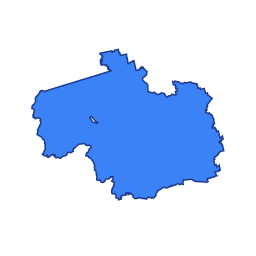 Baw Baw, Victoria, Australia, rotated 248°
{"feature_id": "25037944B5488167520198", "entity_name": "Baw Baw", "entity_type": "district", "adm_level": 2, "iso_a3": "AUS", "parent_name": "Australia", "parent_adm1": "Victoria", "projection": "albers", "projection_center": [146.104, -37.97], "detail": "fine", "context": "isolated", "style": "filled", "palette": "blue", "viewbox_px": 256, "rotation_deg": 248, "n_neighbors": 0, "source": "geoboundaries", "source_scale": "gbopen_adm2", "svg_char_len": 5800}
<svg xmlns="http://www.w3.org/2000/svg" viewBox="0 0 256 256"><g transform="rotate(248 128 128)"><path d="M59.5,111.8L59.3,112.4L57.8,114.1L56.9,116.0L56.3,116.5L56.2,117.6L55.2,118.3L55.3,118.9L56.2,120.0L56.2,120.9L55.3,122.1L55.2,123.2L54.1,123.6L54.4,124.8L53.9,125.0L53.4,125.8L54.9,128.5L56.8,129.7L57.9,131.0L57.8,131.5L59.1,132.8L58.8,134.5L59.5,136.9L59.5,139.3L58.2,140.9L58.3,141.5L57.8,142.2L58.1,143.7L57.8,144.1L58.2,145.6L57.9,145.6L57.7,146.4L58.2,147.4L57.6,147.9L57.9,149.0L57.4,150.0L57.5,150.9L57.3,151.1L57.7,151.7L57.7,153.1L57.4,153.8L56.1,154.7L56.4,155.9L55.0,158.0L56.7,158.4L59.2,159.9L58.4,161.4L56.7,167.7L53.3,170.2L49.4,178.7L48.5,179.6L48.2,182.1L51.2,182.3L50.7,185.7L51.0,185.7L50.4,189.7L50.8,189.6L50.4,192.6L51.5,192.1L53.7,192.4L54.6,192.0L54.0,196.4L54.7,196.5L54.5,197.8L59.1,198.5L58.7,198.1L58.7,197.3L59.3,196.4L58.8,195.6L61.0,195.9L61.2,194.7L66.2,195.4L66.3,196.6L67.0,196.4L68.3,197.0L68.6,197.7L68.3,198.1L69.0,199.2L68.8,199.6L69.1,200.3L69.7,201.3L70.0,201.3L69.8,201.9L70.9,202.9L71.0,203.6L71.6,204.4L71.1,208.3L77.3,209.2L77.4,208.6L79.8,208.9L80.0,207.3L81.3,207.4L81.3,210.1L82.2,210.3L82.0,212.0L85.2,212.5L84.2,210.8L84.5,210.6L84.4,209.6L91.4,210.6L91.6,208.9L93.7,209.2L93.8,208.6L95.8,208.9L96.2,206.3L98.0,206.5L97.8,208.0L99.8,208.3L99.6,209.8L103.3,210.3L104.1,211.0L106.4,210.3L106.8,210.7L108.2,210.8L111.7,208.9L110.9,208.2L113.5,205.9L115.1,207.8L115.4,206.8L118.3,210.0L119.4,209.4L124.0,217.2L128.6,214.4L130.8,214.8L131.1,212.8L136.0,213.5L136.6,209.7L138.2,209.9L138.6,207.4L140.9,208.4L141.2,208.1L143.3,208.5L143.7,207.3L144.4,206.7L145.0,205.0L147.3,203.2L148.0,198.8L148.5,198.4L149.1,197.3L148.4,195.5L150.2,193.3L151.3,192.8L152.0,191.9L152.1,191.3L153.6,189.7L153.9,189.0L153.4,188.2L153.4,187.7L154.3,186.9L151.0,186.3L150.9,187.0L150.0,187.7L150.1,188.1L148.2,187.8L148.2,187.3L146.5,187.0L146.3,188.1L143.7,187.6L144.1,185.6L140.8,185.0L141.1,183.5L141.9,182.9L142.1,182.2L142.9,181.2L142.2,180.7L142.2,178.0L142.6,177.8L142.1,175.6L143.1,175.0L144.5,175.0L145.1,174.5L145.9,174.7L146.6,174.3L147.3,173.0L148.1,172.4L147.7,170.2L147.4,169.6L148.1,168.4L148.0,167.7L148.9,167.0L150.8,166.3L151.5,165.3L151.2,163.6L153.7,161.2L154.2,160.2L157.2,161.1L159.2,162.1L161.1,162.3L162.3,162.1L164.8,160.4L167.0,159.4L169.2,160.8L169.4,161.7L169.2,162.3L170.7,165.5L171.2,165.5L173.0,166.7L175.0,166.0L175.8,165.3L178.7,164.7L179.5,163.7L179.6,162.7L179.0,162.0L178.6,162.4L179.1,162.5L179.4,163.2L178.4,163.4L178.5,163.0L178.1,162.8L178.4,162.2L178.3,160.3L178.1,159.9L177.9,160.0L178.4,157.0L188.2,158.7L188.4,157.8L187.9,157.6L188.2,155.6L187.8,154.9L187.9,152.9L187.6,152.2L189.1,152.3L189.9,152.8L191.4,152.9L193.1,153.6L193.2,153.3L195.0,153.5L197.0,154.3L198.3,148.1L201.1,148.6L201.5,147.9L204.5,148.4L205.1,145.0L204.2,144.2L204.6,143.2L204.1,142.1L204.2,141.7L205.6,141.9L207.8,130.1L206.8,129.6L206.4,130.4L205.0,131.0L204.9,131.4L204.3,131.0L203.6,131.4L203.4,130.2L202.4,129.4L201.9,128.5L201.4,128.5L201.7,129.2L201.5,129.7L200.2,129.4L200.5,129.1L200.3,128.8L200.6,127.6L200.0,127.7L199.1,127.0L198.5,128.1L198.0,127.6L198.2,127.2L197.9,126.8L196.4,126.7L195.6,129.4L195.1,130.2L194.5,130.3L194.7,131.3L193.7,131.3L192.8,131.8L192.5,132.4L192.1,132.0L191.6,132.5L190.8,132.3L190.8,131.4L190.5,131.3L190.4,131.8L188.9,132.3L188.8,133.1L187.3,133.8L193.2,65.3L192.8,64.3L193.0,63.9L193.6,63.9L194.8,62.9L194.6,62.1L195.3,61.5L194.7,59.8L193.8,59.7L193.4,58.3L192.8,57.8L192.0,56.3L191.7,54.9L190.7,53.6L190.0,53.0L187.6,52.7L185.3,50.0L185.1,48.8L184.1,47.2L182.9,46.8L182.2,46.2L180.5,47.9L179.8,47.9L175.9,45.3L175.1,44.3L174.3,45.0L173.4,44.8L173.2,44.3L172.5,45.5L171.6,45.3L171.3,45.6L171.4,47.2L171.2,48.4L170.1,49.9L168.5,50.1L168.0,49.4L167.4,49.7L166.3,49.1L164.6,48.8L163.8,47.4L162.3,46.4L162.2,45.4L161.4,45.2L160.2,43.4L158.4,43.2L157.1,41.9L156.0,41.3L151.9,44.5L149.6,44.8L148.3,45.7L147.1,45.7L146.2,45.6L145.5,44.9L144.0,45.0L143.9,45.3L142.1,44.2L139.0,43.2L138.6,42.3L137.1,40.7L135.9,40.1L136.0,39.1L135.7,38.8L133.7,39.9L133.2,40.8L132.9,41.9L132.6,42.0L133.0,43.2L132.4,43.2L131.2,42.4L131.0,43.2L130.6,43.5L131.3,45.2L131.1,45.7L131.8,47.3L131.7,48.6L130.7,48.5L130.6,50.3L130.0,50.2L129.2,49.1L127.9,49.6L127.1,50.8L127.4,51.8L125.5,53.4L125.3,54.3L125.8,55.6L126.1,58.1L125.8,59.0L125.8,60.9L127.3,62.1L127.7,64.3L126.5,65.7L126.4,66.7L127.1,67.6L126.9,68.5L127.9,68.4L128.5,69.5L129.1,69.7L129.6,70.4L129.3,70.8L129.7,71.9L130.6,73.2L130.8,75.1L131.2,75.5L131.4,77.1L130.9,77.9L130.4,80.1L130.6,80.4L130.2,81.1L129.4,81.9L127.6,82.7L127.5,83.4L126.7,84.0L126.7,85.1L126.0,86.4L125.1,86.6L124.7,86.4L124.4,86.7L123.8,86.4L123.0,85.0L123.0,84.0L121.5,83.2L120.5,81.8L120.5,80.6L119.9,80.4L119.2,79.2L118.0,78.5L117.1,80.2L116.5,80.7L115.4,80.6L115.1,81.2L114.2,81.6L114.1,82.0L108.8,83.3L107.9,83.0L105.7,83.3L105.3,82.6L104.1,82.0L102.5,81.9L101.8,81.2L100.1,82.0L98.5,81.9L96.5,81.1L95.3,81.3L91.7,79.6L90.4,81.2L90.4,82.6L88.1,82.6L86.9,84.0L87.0,85.9L89.0,88.8L87.9,91.1L88.0,91.8L89.5,93.7L89.5,94.0L88.6,94.3L88.6,95.9L86.5,95.1L84.8,92.9L83.5,94.0L83.3,94.8L82.5,95.0L80.5,93.4L79.9,93.4L78.8,91.8L78.2,91.6L77.8,90.7L77.6,90.9L77.0,90.5L76.0,89.3L73.8,88.6L72.8,88.8L72.7,90.2L71.3,91.2L71.0,91.9L69.3,91.5L68.4,90.8L67.5,90.9L66.5,92.4L64.8,92.6L65.0,93.7L64.6,95.2L66.4,95.1L66.5,95.9L67.2,95.9L67.3,97.3L67.8,97.4L67.8,98.2L66.5,100.5L66.6,101.0L67.8,101.9L68.6,101.6L68.9,102.4L67.8,103.1L67.7,103.9L67.2,103.3L66.3,103.1L66.1,103.7L66.7,105.3L66.5,106.0L66.0,105.7L65.4,106.0L64.5,107.0L63.0,107.2L61.9,106.8L60.3,107.7L59.5,108.9L59.6,109.9L59.1,110.9L59.5,111.8ZM143.8,100.1L144.6,101.7L146.0,98.0L147.3,97.3L150.9,96.9L151.3,96.4L152.2,96.7L152.0,97.6L152.3,98.7L145.5,100.7L144.7,102.0L143.9,101.1L143.8,100.1Z" fill="#3b82f6" stroke="#1e3a8a" stroke-width="1.5"/></g></svg>